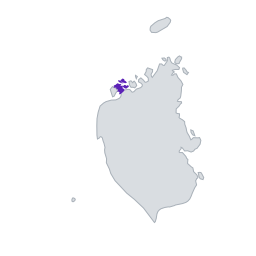 Tongyeong-si, South Gyeongsang, South Korea shown in context, rotated 166°
{"feature_id": "91817680B95262291256995", "entity_name": "Tongyeong-si", "entity_type": "district", "adm_level": 2, "iso_a3": "KOR", "parent_name": "South Korea", "parent_adm1": "South Gyeongsang", "projection": "mercator", "projection_center": [128.349, 34.792], "detail": "fine", "context": "in_parent", "style": "filled", "palette": "violet", "viewbox_px": 256, "rotation_deg": 166, "n_neighbors": 0, "source": "geoboundaries", "source_scale": "gbopen_adm2", "svg_char_len": 7661}
<svg xmlns="http://www.w3.org/2000/svg" viewBox="0 0 256 256"><g transform="rotate(166 128 128)"><path d="M74.2,61.3L75.1,60.6L75.2,59.6L75.2,56.2L77.7,53.9L81.4,49.2L83.2,46.6L85.2,44.2L87.6,42.6L89.9,41.8L93.5,41.5L100.5,41.8L101.9,41.5L106.8,41.3L107.9,41.7L111.4,42.0L115.4,41.7L117.3,41.0L119.1,39.8L120.7,37.6L122.4,33.6L124.2,30.5L125.2,29.9L132.3,46.6L139.2,57.4L145.0,65.1L153.3,80.0L155.7,87.9L156.0,92.8L157.4,99.5L156.2,103.4L156.5,109.4L156.0,112.5L155.0,114.8L155.0,119.2L155.3,121.5L155.3,124.6L156.0,125.8L156.9,126.3L158.4,125.2L160.3,124.7L159.9,128.4L157.7,137.8L155.8,144.6L153.1,150.6L149.8,156.0L145.7,158.1L142.9,158.9L137.5,159.1L133.0,158.2L129.2,158.9L127.6,160.0L126.5,161.9L127.3,164.9L127.2,167.1L125.6,167.0L122.3,165.7L118.7,165.5L117.0,164.9L115.3,161.7L113.5,161.8L110.5,163.7L105.9,164.1L104.2,165.1L103.6,166.4L104.3,168.1L106.7,170.3L105.9,172.4L103.4,173.5L101.5,170.8L100.3,168.2L98.9,168.1L96.8,168.8L96.3,171.7L97.3,173.6L99.0,175.9L96.7,178.4L96.1,180.3L94.4,181.6L90.0,178.7L90.6,176.6L92.6,174.6L92.8,172.5L92.2,171.2L85.8,176.5L81.9,182.5L79.8,182.0L79.0,180.5L77.7,179.9L73.5,183.7L72.8,186.8L71.2,186.9L70.5,185.6L70.5,182.9L69.7,180.5L65.4,177.1L63.4,174.1L64.5,172.5L68.1,173.4L71.0,173.3L70.4,171.9L69.5,171.2L71.4,170.4L73.0,168.8L71.7,168.3L69.7,169.3L68.0,168.8L67.3,164.9L65.2,160.9L64.2,157.0L66.2,154.7L67.2,151.2L69.1,146.2L70.1,144.5L72.7,143.3L73.6,142.0L72.2,141.3L69.9,140.7L69.9,139.3L71.5,138.5L73.3,136.8L76.6,134.9L77.7,131.1L76.7,130.2L74.6,129.3L75.1,127.4L75.9,126.0L75.6,125.1L73.1,122.7L71.5,120.5L72.0,118.0L71.6,114.1L71.8,110.9L71.7,109.2L70.5,105.2L69.9,101.3L68.3,101.9L67.0,102.8L62.4,101.5L60.9,101.4L60.3,98.4L62.0,94.8L65.9,91.6L68.2,91.2L69.9,89.8L72.6,89.4L75.7,91.5L78.6,92.0L80.2,95.7L81.2,96.5L81.4,95.1L83.7,93.5L84.2,92.3L83.7,91.6L81.1,91.0L78.7,86.3L78.4,84.3L77.5,83.0L78.8,79.2L76.0,75.0L74.7,73.6L74.9,69.8L73.4,67.3L72.6,66.0L72.1,63.7L72.6,62.6L73.8,62.2L74.2,61.3ZM65.2,225.3L63.9,226.1L62.7,225.6L62.3,225.3L60.9,223.3L60.5,222.2L61.5,220.3L65.5,217.0L76.0,213.9L77.9,213.8L82.0,215.1L82.9,217.6L82.2,219.8L81.2,221.2L76.4,223.6L72.7,224.8L65.2,225.3ZM135.9,169.7L133.1,171.9L129.4,168.9L128.5,167.3L131.4,164.9L133.8,162.2L135.4,162.0L135.9,169.7ZM116.1,169.4L115.8,172.9L113.7,173.1L112.5,170.8L111.2,171.9L110.5,171.9L109.5,169.2L109.3,167.0L111.7,165.3L113.2,166.3L115.3,166.8L116.1,169.4ZM62.5,184.9L60.6,185.5L59.6,184.2L58.8,183.9L59.2,182.3L62.3,179.1L62.9,178.1L65.7,178.7L66.8,180.4L65.5,182.9L62.5,184.9ZM70.9,62.9L70.7,67.8L69.1,67.6L68.0,67.1L67.6,66.2L66.5,61.6L67.7,59.8L70.1,61.2L70.9,62.9ZM60.7,172.1L60.3,172.9L59.0,172.7L57.7,170.2L57.2,168.3L55.9,167.2L57.9,165.5L60.6,168.6L60.7,172.1ZM67.9,108.6L67.5,111.0L65.5,109.4L65.0,104.3L67.0,105.8L67.9,108.6ZM199.6,72.5L198.3,73.6L196.7,72.5L196.5,71.3L197.3,70.3L199.2,69.7L200.1,70.6L199.6,72.5ZM77.7,185.8L78.2,187.5L75.8,187.2L74.6,185.6L74.7,184.2L76.1,184.0L77.7,185.8ZM108.3,176.2L108.0,177.3L106.5,175.7L108.0,173.8L108.3,176.2Z" fill="#d9dde1" stroke="#a8b0b8" stroke-width="1"/><path d="M126.8,163.6L126.1,163.9L125.7,164.2L125.3,164.5L125.0,164.5L124.8,164.7L124.3,164.8L124.4,165.2L124.6,165.4L124.6,165.6L124.5,165.9L123.3,165.7L123.0,165.9L123.0,166.1L123.2,166.3L123.5,166.8L123.7,166.6L123.8,166.9L124.0,166.8L124.0,166.7L124.3,167.0L124.4,166.9L124.5,166.8L124.7,167.1L124.8,167.2L125.2,167.2L125.1,166.8L125.3,166.6L125.6,167.1L125.8,167.3L126.4,167.2L126.5,167.5L126.4,167.6L125.6,167.5L125.2,167.9L125.3,168.1L125.6,168.4L125.8,168.4L126.0,168.4L126.0,168.6L125.7,168.8L125.5,168.6L125.6,169.0L125.4,169.0L125.4,168.8L125.2,168.6L124.9,168.5L124.7,168.4L124.6,168.2L124.4,168.3L124.3,168.5L124.2,168.6L124.1,168.8L124.0,169.1L124.3,168.8L124.7,168.8L125.3,169.1L125.3,169.5L124.9,169.8L125.1,169.8L125.3,170.0L125.3,169.8L125.5,169.9L125.6,170.1L125.6,170.3L125.8,170.3L125.8,170.8L126.1,170.7L126.1,171.0L126.6,170.9L126.6,170.6L126.8,170.4L126.9,170.2L126.6,170.0L126.5,169.9L126.8,170.0L127.0,170.0L127.0,169.7L126.9,169.7L127.0,169.5L127.2,169.4L127.1,169.1L127.1,168.7L127.0,168.8L126.5,168.4L126.3,168.4L126.2,168.4L126.5,168.2L126.8,168.3L127.0,168.2L126.8,168.1L127.0,168.1L127.5,167.9L127.4,167.7L127.5,167.7L127.3,167.4L127.4,167.2L127.5,167.3L127.5,167.0L127.6,166.8L127.6,166.7L127.8,167.1L127.9,166.9L128.0,166.5L128.1,166.4L127.9,166.4L127.8,166.1L127.7,166.1L127.5,165.7L127.2,165.6L127.2,165.8L127.4,165.9L127.4,166.1L127.2,166.1L127.2,166.3L126.9,166.5L126.8,166.9L126.7,167.0L126.6,166.9L126.6,166.6L126.5,166.4L126.6,166.2L126.6,165.9L126.5,165.6L126.8,165.5L126.8,165.3L126.8,164.9L126.7,164.8L126.7,164.5L126.8,164.1L127.2,163.6L126.8,163.6ZM128.0,169.0L127.9,169.2L127.9,169.4L128.2,169.5L128.4,169.7L128.2,169.5L128.1,169.8L127.9,170.1L127.8,169.9L127.9,169.6L127.7,170.1L127.8,170.3L128.0,170.3L128.1,170.6L127.9,170.7L128.0,170.9L127.9,170.9L128.0,171.0L128.3,171.0L128.5,171.2L128.8,170.9L129.1,170.8L129.2,170.7L129.0,170.3L129.0,170.1L128.8,170.3L128.7,170.3L128.6,170.2L128.5,169.8L128.6,169.6L128.4,169.4L128.5,169.3L128.4,169.2L128.3,169.3L128.2,169.2L128.4,169.0L128.0,169.0ZM121.2,168.4L121.1,168.2L121.0,168.3L120.7,168.2L120.6,168.3L120.5,168.5L120.3,168.6L120.5,168.8L120.2,168.8L120.1,168.7L120.1,168.8L120.1,169.0L120.4,169.0L120.5,169.1L120.3,169.2L120.3,169.3L120.7,169.3L120.8,169.6L121.2,169.6L121.2,169.8L121.3,169.8L121.4,169.6L121.3,169.3L121.2,169.3L121.2,169.2L121.3,169.2L121.4,169.3L121.6,169.3L121.8,169.3L121.9,169.1L122.0,169.1L121.5,168.7L121.4,168.6L121.2,168.5L121.2,168.4ZM121.5,175.0L121.4,175.0L121.2,175.0L120.9,175.0L121.1,175.2L121.1,175.3L120.8,175.4L120.8,175.6L121.2,175.5L121.1,175.8L121.3,175.9L121.3,176.1L121.0,176.2L121.1,176.3L121.3,176.4L121.4,176.2L121.8,176.0L121.9,175.8L122.2,175.9L122.2,176.0L122.6,175.9L122.6,175.7L122.9,175.4L122.5,175.4L122.4,175.6L122.3,175.8L122.0,175.6L122.3,175.4L122.0,175.2L121.7,175.1L121.5,175.0ZM120.4,167.8L120.2,167.5L119.8,167.5L119.2,167.8L119.2,168.0L119.6,168.4L119.6,168.5L119.8,168.7L120.0,168.5L120.0,168.3L120.2,168.1L120.5,168.1L120.9,168.1L121.0,168.0L120.7,167.8L120.4,167.8ZM128.8,171.5L128.6,171.4L128.4,171.6L128.1,171.5L127.9,171.7L127.9,171.8L128.4,171.8L128.5,171.9L128.5,172.0L128.6,171.9L128.8,172.1L128.9,171.9L129.0,172.0L129.3,171.9L128.9,171.7L128.8,171.5ZM119.6,172.9L119.4,172.9L119.3,173.0L119.2,173.0L119.3,173.2L119.4,173.3L119.5,173.3L119.6,173.5L119.9,173.4L120.0,173.5L120.1,173.4L120.1,173.2L119.8,172.9L119.6,172.9ZM129.6,170.9L129.4,170.9L129.2,170.9L129.2,171.1L129.5,171.2L129.8,171.2L130.4,171.5L130.6,171.4L130.4,171.3L130.6,171.2L130.1,171.0L129.8,171.1L129.7,171.0L129.8,170.9L129.6,170.9L129.6,170.9ZM127.6,173.1L127.9,172.9L127.7,172.7L127.9,172.4L128.0,172.1L127.9,172.0L127.8,171.9L127.7,172.0L127.6,172.4L127.7,172.6L127.4,172.7L127.4,172.9L127.4,173.0L127.6,173.1ZM124.7,175.0L124.5,174.9L124.5,175.0L124.3,175.0L124.5,175.3L124.8,175.2L125.2,175.5L125.2,175.4L125.3,175.3L125.3,175.1L125.2,175.3L125.0,175.2L124.9,175.1L124.7,175.0ZM118.3,168.4L118.1,168.3L117.9,168.4L117.9,168.6L118.0,168.7L118.2,168.8L118.3,168.7L118.3,168.4ZM121.6,174.0L121.6,173.9L121.5,174.0L121.4,174.0L121.1,174.0L121.3,174.2L121.4,174.3L121.7,174.2L121.6,174.0ZM125.4,171.7L125.3,171.8L125.6,171.8L125.8,172.0L126.1,172.1L126.1,171.9L125.9,171.8L125.6,171.7L125.5,171.8L125.4,171.7ZM129.9,172.1L129.7,171.9L129.5,172.0L129.4,172.2L129.6,172.1L129.9,172.1ZM124.5,168.9L124.4,169.0L124.5,169.1L124.8,169.1L125.0,169.2L124.8,169.1L124.6,169.1L124.6,168.9L124.5,168.9ZM124.4,174.6L124.2,174.5L124.3,174.7L124.5,174.8L124.4,174.6ZM126.7,172.5L126.8,172.2L126.7,172.0L126.6,172.4L126.7,172.5Z" fill="#8b5cf6" stroke="#5b21b6" stroke-width="1.5"/></g></svg>